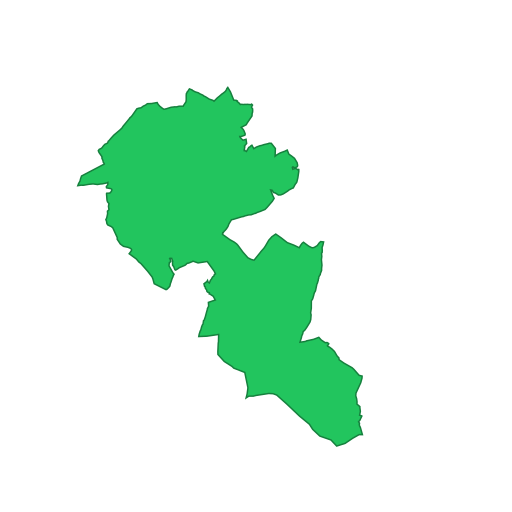 Froland nor, Aust-Agder, Norway (orthographic projection), rotated 215°
{"feature_id": "86288312B48692676973437", "entity_name": "Froland nor", "entity_type": "district", "adm_level": 2, "iso_a3": "NOR", "parent_name": "Norway", "parent_adm1": "Aust-Agder", "projection": "orthographic", "projection_center": [8.423, 58.587], "detail": "fine", "context": "isolated", "style": "filled", "palette": "green", "viewbox_px": 512, "rotation_deg": 215, "n_neighbors": 0, "source": "geoboundaries", "source_scale": "gbopen_adm2", "svg_char_len": 6146}
<svg xmlns="http://www.w3.org/2000/svg" viewBox="0 0 512 512"><g transform="rotate(215 256 256)"><path d="M442.3,211.4L440.0,213.6L437.9,215.0L434.1,218.8L430.8,221.6L426.9,223.6L424.8,225.7L423.2,227.0L420.2,230.2L419.6,231.3L418.4,229.6L418.3,229.0L418.4,227.2L418.3,226.8L417.5,226.1L413.5,227.9L412.5,227.9L411.9,227.5L411.7,226.3L411.5,225.8L411.8,224.4L411.8,223.7L414.3,221.8L414.2,221.3L410.1,216.3L408.7,215.2L406.5,214.6L405.4,212.1L403.1,209.7L403.0,209.4L403.4,207.5L401.8,205.5L400.2,201.7L399.8,199.6L398.7,199.0L396.7,197.0L395.2,196.4L391.4,197.1L389.4,196.9L380.2,191.5L379.3,190.1L374.0,188.0L370.1,187.9L365.8,189.7L363.6,190.2L362.3,190.2L361.4,189.7L361.1,188.3L361.2,185.1L352.2,184.9L348.6,183.9L345.9,183.8L336.1,181.4L329.0,179.2L327.1,177.9L323.5,174.9L310.5,176.8L310.0,177.3L309.8,177.9L309.4,180.3L309.3,181.9L310.3,184.3L310.7,185.9L311.8,189.4L312.1,191.2L312.5,192.4L312.7,194.1L314.5,194.6L321.5,198.0L322.1,198.8L323.2,201.0L322.9,201.3L322.7,202.6L324.2,203.9L325.3,204.4L325.2,204.8L323.7,205.7L323.4,205.3L322.9,205.2L322.0,204.4L321.2,204.0L321.1,203.4L320.5,202.6L319.1,200.7L317.2,200.0L314.8,198.4L314.0,198.2L313.6,198.6L312.7,200.7L312.1,202.5L308.9,207.6L308.6,208.4L308.2,210.5L307.0,211.7L304.9,215.0L304.7,215.6L299.5,217.1L292.8,223.5L281.6,219.6L279.0,218.1L279.5,216.9L279.0,215.4L279.5,214.0L279.5,213.3L279.2,211.5L279.3,211.0L279.4,209.6L279.0,208.8L279.0,207.9L278.7,207.2L280.2,207.1L281.7,208.2L281.6,207.1L281.6,206.4L281.9,206.1L282.0,205.3L282.3,205.0L282.4,203.8L282.7,203.5L282.5,203.2L280.7,201.6L280.1,201.7L278.9,200.5L277.0,199.9L275.8,198.8L274.4,198.7L273.2,199.2L272.6,198.1L271.6,198.4L268.0,198.5L264.1,196.6L268.4,190.7L266.0,187.7L265.7,185.2L264.8,183.4L264.8,183.0L262.6,177.0L261.7,173.8L261.7,173.4L261.9,172.9L260.4,170.0L260.4,168.8L259.9,166.7L258.8,163.8L258.7,162.6L257.7,159.4L256.7,157.2L250.3,162.1L241.6,170.3L237.4,164.0L237.1,163.2L232.4,155.8L230.7,153.5L221.5,151.4L212.3,151.8L209.9,151.4L198.4,154.2L187.0,143.4L184.1,137.8L182.7,134.1L181.8,136.4L181.2,137.3L177.8,139.7L176.0,141.8L166.7,150.7L163.0,153.0L159.3,154.0L145.9,152.4L128.4,149.8L115.7,148.8L110.1,146.5L100.4,145.1L89.1,148.3L80.9,146.6L75.5,153.7L72.3,162.1L69.1,168.8L66.4,170.7L72.4,175.6L73.7,176.2L74.8,177.3L75.3,178.4L76.9,179.0L76.7,181.0L77.5,185.6L78.3,185.5L79.8,185.0L81.4,188.6L83.9,191.3L84.5,192.2L88.4,192.6L89.6,194.5L91.7,196.8L94.1,198.7L95.5,201.1L97.5,212.2L99.1,216.7L100.2,218.5L103.1,217.4L110.9,219.3L113.3,219.6L122.5,218.7L128.4,218.7L129.7,220.1L132.2,220.6L137.0,222.8L140.4,223.4L143.5,223.5L145.6,223.2L146.0,223.4L146.0,225.7L146.2,226.0L148.1,225.9L149.6,224.7L154.3,224.6L157.9,225.4L161.0,220.8L166.0,215.4L166.2,214.8L167.0,213.9L170.5,210.6L172.0,215.2L172.7,216.8L173.1,219.0L174.0,221.1L173.5,223.2L173.5,226.7L173.7,230.0L173.9,232.9L174.7,235.3L177.1,239.4L178.6,240.7L180.7,244.9L184.9,251.0L185.0,253.4L186.4,257.5L186.7,258.0L187.1,259.5L187.3,261.6L190.0,267.9L190.2,269.3L190.7,270.5L190.9,271.4L191.6,272.7L191.9,273.8L192.6,275.0L192.7,277.0L192.7,277.6L193.2,278.6L194.0,281.8L195.3,283.7L196.7,286.3L200.3,290.5L201.8,293.3L204.0,296.0L203.8,296.7L204.7,298.3L206.7,300.8L207.4,303.2L208.7,306.3L211.3,304.9L211.7,303.2L211.8,299.6L213.2,296.5L214.3,295.2L215.6,294.7L218.5,294.3L225.0,294.5L225.5,292.9L225.6,290.3L225.3,287.6L231.3,286.6L238.1,284.9L245.7,285.3L252.4,285.3L254.0,281.1L254.6,276.4L254.0,269.1L254.0,266.7L254.5,262.5L254.5,261.4L255.2,251.4L258.1,250.4L261.6,249.9L269.0,251.7L277.0,254.4L278.8,254.8L281.9,254.9L286.7,254.4L295.8,254.5L296.6,256.0L296.2,256.2L296.3,257.2L296.2,258.4L296.0,259.2L295.8,261.3L295.9,264.1L296.6,266.8L296.9,271.7L296.0,272.5L290.3,279.8L288.7,281.4L288.4,282.1L285.5,285.5L283.6,287.0L281.5,290.1L280.8,290.7L280.1,292.2L277.7,295.5L277.4,296.1L275.3,299.3L274.8,302.2L274.0,310.2L274.2,313.6L277.1,315.2L281.9,318.5L280.5,319.1L277.9,318.1L276.3,318.7L272.7,318.8L270.8,320.2L269.3,322.5L267.3,327.3L266.8,329.1L265.0,332.5L264.5,333.1L265.0,337.0L264.9,339.6L265.2,340.6L266.6,344.1L269.5,349.9L270.0,350.3L270.2,351.1L270.7,351.4L271.0,350.7L273.5,350.5L274.4,350.2L274.9,349.0L275.4,348.7L275.6,348.2L277.1,349.4L277.1,349.8L276.9,350.2L275.2,350.4L274.3,351.0L273.4,353.0L273.9,354.2L275.8,356.0L280.5,358.1L284.2,358.3L287.5,358.3L291.2,360.7L292.4,358.5L295.4,354.2L297.0,350.7L297.6,348.7L301.8,355.2L308.1,357.1L310.0,355.9L310.3,355.2L313.3,351.9L315.3,349.2L315.8,348.9L318.2,345.4L319.4,342.7L322.9,344.4L323.3,343.6L323.6,341.9L324.2,340.8L323.8,336.1L325.3,336.0L326.0,335.6L326.2,336.2L326.6,336.2L326.8,337.1L327.4,337.9L327.5,338.5L328.4,339.3L328.2,339.5L328.5,339.8L328.2,342.8L331.1,345.9L333.1,343.4L336.2,343.8L337.4,344.3L337.8,344.6L336.8,345.2L334.4,348.6L334.6,349.3L335.0,349.9L337.7,351.7L339.0,352.3L341.9,352.9L339.3,357.9L339.5,359.9L339.6,368.4L341.0,370.7L341.2,371.6L341.9,372.9L343.2,374.6L344.7,375.1L345.0,375.4L345.2,375.7L345.3,377.1L345.4,377.6L346.7,377.9L347.1,377.0L350.4,375.1L350.8,374.6L352.2,373.8L352.7,373.2L355.4,371.6L355.7,371.1L357.6,371.6L360.2,371.8L360.3,372.3L361.4,372.2L363.6,370.9L371.1,375.8L375.8,377.9L375.9,376.5L375.5,374.7L375.6,373.0L376.2,370.8L376.9,369.0L377.6,366.0L378.4,363.3L378.8,360.8L379.2,358.7L380.6,358.8L384.2,357.7L388.8,357.5L390.6,357.1L390.9,357.3L392.3,357.2L394.8,356.7L396.9,356.6L399.9,355.6L403.1,355.2L403.5,355.4L406.4,354.7L406.3,351.3L406.5,350.7L406.2,350.2L406.2,349.1L405.4,347.7L402.8,344.0L401.8,342.2L401.7,337.8L401.5,337.0L404.9,334.6L406.7,332.5L408.1,331.6L410.9,329.1L413.8,325.3L415.5,323.4L417.1,323.3L420.7,323.5L423.2,324.1L425.0,325.0L429.0,321.0L432.3,318.5L432.7,317.5L433.0,316.3L434.3,314.1L435.2,311.4L436.7,310.0L438.0,308.3L438.0,299.8L438.2,298.2L438.6,296.9L438.5,296.3L438.8,292.0L439.3,286.0L439.2,284.1L439.7,281.4L441.8,273.4L442.3,269.5L442.6,266.0L442.9,265.2L442.4,263.9L442.5,263.1L443.9,260.7L444.2,258.1L444.2,256.5L444.5,255.4L445.6,253.4L445.6,251.8L443.9,250.7L439.0,248.9L438.4,247.8L436.0,246.3L434.9,245.2L433.4,244.7L433.0,244.3L444.8,221.5L444.1,218.9L443.1,216.3L442.9,213.7L442.3,211.4Z" fill="#22c55e" stroke="#15803d" stroke-width="1.5"/></g></svg>